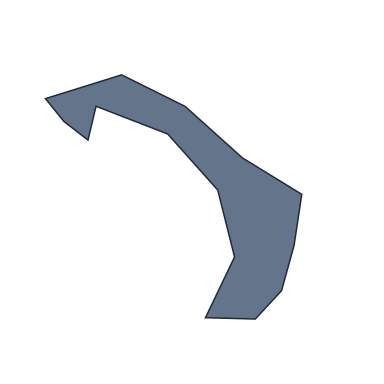 Lord Howe Island, orthographic projection, rotated 338°
{"feature_id": "AUS-2659", "entity_name": "Lord Howe Island", "entity_type": "Territory", "adm_level": 1, "iso_a3": "AUS", "parent_name": "Australia", "parent_adm1": "", "projection": "orthographic", "projection_center": [159.073, -31.556], "detail": "fine", "context": "isolated", "style": "filled", "palette": "slate", "viewbox_px": 384, "rotation_deg": 338, "n_neighbors": 0, "source": "natural_earth", "source_scale": "10m", "svg_char_len": 355}
<svg xmlns="http://www.w3.org/2000/svg" viewBox="0 0 384 384"><g transform="rotate(338 192 192)"><path d="M91.1,50.5L170.6,57.0L217.7,110.1L251.6,179.4L292.9,235.3L266.6,279.8L238.1,317.0L203.1,333.5L157.4,313.6L207.1,268.2L216.6,199.9L191.2,129.1L135.1,76.6L115.0,104.9L99.6,78.5L91.1,50.5Z" fill="#64748b" stroke="#1e293b" stroke-width="1.5"/></g></svg>